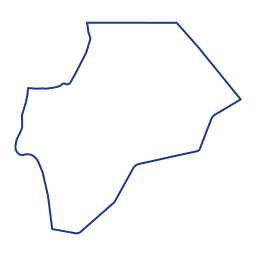 an SVG outline of Ma`an
{"feature_id": "JOR-853", "entity_name": "Ma`an", "entity_type": "Province", "adm_level": 1, "iso_a3": "JOR", "parent_name": "Jordan", "parent_adm1": "", "projection": "natural_earth1", "projection_center": [36.363, 30.219], "detail": "fine", "context": "isolated", "style": "outline", "palette": "blue", "viewbox_px": 256, "rotation_deg": 0, "n_neighbors": 0, "source": "natural_earth", "source_scale": "10m", "svg_char_len": 1164}
<svg xmlns="http://www.w3.org/2000/svg" viewBox="0 0 256 256"><path d="M176.7,22.8L187.5,35.0L198.4,47.4L198.7,47.7L198.9,48.0L199.2,48.3L199.5,48.7L208.7,60.1L217.9,71.4L227.2,82.8L236.4,94.2L240.6,99.3L240.5,99.5L240.0,99.8L233.8,103.5L223.7,109.5L214.6,114.9L212.7,116.6L211.6,118.4L209.1,124.8L206.1,132.5L203.4,139.7L199.7,149.3L197.9,151.0L188.0,153.2L176.7,155.6L164.7,158.3L152.6,161.0L145.2,162.6L137.9,164.2L135.6,165.4L133.5,167.7L128.9,176.1L125.0,183.0L119.8,192.5L114.4,202.2L107.9,207.9L98.1,216.5L89.2,224.3L80.1,232.3L77.9,233.2L75.6,233.3L66.8,231.7L57.1,229.9L52.3,229.1L52.1,228.2L48.0,195.8L42.6,172.2L38.2,161.6L36.9,159.5L35.4,157.8L33.8,156.3L32.2,155.4L30.6,154.7L28.1,154.2L25.9,154.3L24.8,154.5L23.8,154.9L22.5,155.1L21.2,155.0L19.8,154.6L18.6,153.8L17.6,152.8L16.8,151.8L16.2,150.6L15.7,149.6L15.4,147.7L15.6,145.0L16.5,139.9L21.5,129.6L22.2,126.7L22.0,115.1L25.8,102.7L27.5,94.6L28.0,88.2L31.4,88.2L34.8,88.7L43.1,88.4L46.0,88.7L53.8,87.6L59.8,86.1L61.0,85.3L61.8,84.4L62.9,83.7L63.8,83.5L64.6,83.5L66.9,84.5L70.0,83.3L76.3,71.9L86.2,52.7L90.5,38.4L88.5,32.7L87.1,22.7L176.7,22.8Z" fill="none" stroke="#1e3a8a" stroke-width="2"/></svg>